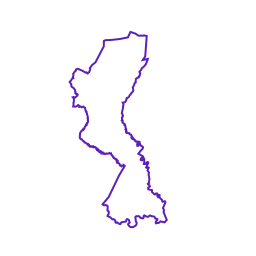 San Joaquín, Querétaro, Mexico, rotated 113°
{"feature_id": "50627088B97826300633000", "entity_name": "San Joaquín", "entity_type": "district", "adm_level": 2, "iso_a3": "MEX", "parent_name": "Mexico", "parent_adm1": "Querétaro", "projection": "albers", "projection_center": [-99.468, 20.999], "detail": "fine", "context": "isolated", "style": "outline", "palette": "violet", "viewbox_px": 256, "rotation_deg": 113, "n_neighbors": 0, "source": "geoboundaries", "source_scale": "gbopen_adm2", "svg_char_len": 5960}
<svg xmlns="http://www.w3.org/2000/svg" viewBox="0 0 256 256"><g transform="rotate(113 128 128)"><path d="M204.8,64.9L204.1,64.3L203.6,62.8L201.3,61.7L200.6,57.5L197.5,56.4L191.4,62.5L189.6,62.6L188.1,64.5L181.8,64.5L181.0,65.5L182.4,67.4L182.1,67.8L180.8,68.7L180.2,70.5L179.8,71.2L179.7,72.0L180.0,73.1L179.3,74.1L178.3,72.4L177.4,72.7L177.6,74.8L176.9,75.6L177.2,76.5L178.2,76.7L178.7,77.6L177.5,81.0L175.8,81.7L176.4,83.9L176.4,85.4L175.1,86.1L173.3,85.0L172.4,85.7L172.0,87.6L171.7,87.9L170.3,87.1L169.9,87.5L166.4,88.4L163.1,90.7L160.8,91.3L159.7,93.3L158.7,93.5L156.4,93.5L156.5,94.6L157.4,95.5L157.1,96.0L156.1,95.4L154.7,96.0L152.9,95.6L151.7,95.9L151.7,96.7L152.4,97.3L153.3,97.3L154.2,97.7L155.0,99.3L154.9,99.5L152.9,99.6L151.6,100.4L150.6,100.7L150.0,101.3L152.3,102.4L152.6,103.3L152.3,103.9L151.5,104.1L150.6,104.0L148.8,102.8L148.3,103.1L147.6,108.4L143.8,107.4L141.8,106.5L140.3,106.5L139.8,106.7L139.3,107.8L139.4,108.8L138.9,109.7L137.4,111.1L137.3,111.5L139.0,111.8L139.8,111.4L140.2,111.5L140.8,112.4L139.3,113.3L138.8,113.2L137.4,113.5L136.5,112.9L136.8,114.2L137.3,114.6L137.2,115.4L137.4,115.7L137.3,116.1L136.7,116.3L136.1,117.9L136.4,118.5L136.4,119.0L135.9,118.8L135.8,120.1L135.3,119.9L135.3,120.7L134.7,120.4L134.2,121.0L134.4,121.5L133.4,122.0L132.9,122.6L133.1,124.1L132.3,124.7L133.0,127.0L133.0,127.8L132.4,128.1L132.0,127.8L131.6,128.1L131.9,128.5L130.8,129.0L130.5,129.5L130.2,129.1L129.7,129.5L129.3,129.5L129.0,130.1L126.7,131.6L126.8,132.3L126.5,132.4L126.1,132.2L125.8,132.4L125.8,133.0L125.4,133.8L125.0,135.3L124.5,135.6L124.2,135.4L123.5,135.9L123.4,136.4L123.0,136.1L122.7,136.7L120.6,137.7L120.1,137.3L118.4,137.5L118.2,138.1L117.1,138.9L116.8,139.5L110.6,140.6L110.2,141.0L108.0,141.4L106.7,142.8L105.7,141.2L105.0,140.6L103.4,140.5L102.8,140.6L102.4,140.5L101.5,140.9L100.9,140.9L100.6,140.4L99.3,139.5L96.9,139.2L96.2,138.7L94.9,138.7L93.0,137.9L91.6,137.7L91.0,137.9L88.8,139.5L85.8,139.1L85.0,139.4L83.9,139.3L83.1,138.7L82.7,139.0L79.8,139.9L78.2,139.0L77.6,138.2L77.0,137.9L76.8,138.2L75.7,137.7L75.1,137.9L74.7,137.7L73.8,138.1L72.7,138.2L72.5,138.8L71.8,139.4L68.8,138.5L68.0,138.7L66.9,138.4L66.0,137.6L62.5,136.5L56.7,136.7L59.6,140.9L55.4,140.1L36.0,146.7L36.5,149.5L37.0,150.0L38.9,154.4L38.2,158.1L38.6,163.3L44.6,163.5L49.3,170.3L54.0,178.8L55.9,182.9L57.2,184.2L62.3,182.2L80.2,183.6L84.3,185.7L87.9,186.5L88.3,185.9L89.1,185.7L91.8,185.6L93.6,186.5L93.4,187.2L93.1,187.2L93.0,188.1L93.6,188.7L93.1,192.7L93.1,196.7L93.3,197.7L93.8,198.2L94.5,198.7L95.1,198.4L96.2,198.6L96.4,198.9L97.3,199.2L99.6,199.6L99.8,199.3L101.2,198.7L102.3,198.7L103.0,198.4L103.5,197.8L104.2,198.7L106.7,199.0L107.6,199.5L108.6,199.6L109.7,197.4L111.8,196.4L112.1,195.7L112.4,193.7L112.7,193.5L113.7,191.5L114.8,191.1L115.1,190.6L116.5,190.2L116.7,189.6L116.5,189.3L116.5,188.9L116.9,188.8L116.6,187.8L117.0,187.3L117.9,187.3L119.5,188.0L120.9,188.9L121.2,189.8L120.8,190.2L121.3,190.8L121.9,189.5L123.1,188.8L125.5,188.0L126.0,188.1L127.4,187.4L128.4,187.2L128.9,186.8L129.6,186.8L128.6,184.2L127.1,183.1L126.5,183.0L126.4,182.7L126.7,182.6L126.7,181.4L127.6,181.1L126.8,179.9L127.0,178.6L125.8,177.7L125.7,177.3L126.2,176.3L126.2,175.4L128.4,174.0L128.8,173.3L129.1,173.2L129.0,172.9L129.2,172.5L130.1,172.2L130.5,171.6L131.1,171.3L133.2,169.5L133.8,169.4L134.1,169.0L134.6,168.7L135.2,168.8L135.8,168.2L136.9,167.9L137.1,167.5L137.8,167.2L139.0,167.4L139.5,167.3L139.6,167.7L139.8,167.7L140.6,167.5L140.8,167.6L141.5,167.2L141.9,167.4L141.9,168.0L142.7,167.9L144.0,168.2L144.7,168.0L145.0,168.2L146.0,168.0L146.9,168.2L147.1,168.4L146.9,168.8L147.7,168.8L148.1,169.4L148.6,169.4L148.9,169.7L151.5,170.1L152.2,169.9L152.7,169.6L153.3,169.6L154.0,169.1L155.2,168.9L156.2,168.2L156.7,167.0L156.4,166.3L157.4,164.7L157.4,164.0L157.7,162.9L158.3,162.5L158.2,160.8L158.5,159.9L158.3,158.9L158.9,158.9L159.0,158.5L158.8,157.9L159.3,157.7L159.0,157.2L159.6,156.9L159.4,156.1L159.7,155.8L159.4,155.3L159.8,155.2L159.3,154.6L159.5,153.9L159.0,153.0L158.5,153.1L158.4,152.9L159.1,152.3L158.7,152.0L158.9,151.5L158.4,151.2L158.4,150.3L158.9,149.7L158.9,149.2L159.8,148.8L159.8,148.2L160.4,148.0L160.3,147.5L160.7,147.0L160.6,146.8L159.6,147.2L159.3,147.2L159.7,146.3L160.1,146.4L160.7,144.9L161.2,145.0L161.3,144.8L160.8,144.4L161.1,143.9L160.3,144.3L160.0,144.1L160.5,143.4L160.4,142.8L160.5,142.7L160.9,142.7L160.9,142.0L161.2,141.4L160.7,141.2L161.3,140.6L160.6,139.9L160.6,139.4L161.0,138.9L159.7,137.6L159.8,136.9L158.8,135.6L158.2,135.3L158.6,134.0L158.1,133.7L159.0,132.9L159.1,132.3L159.7,131.7L159.8,131.1L160.3,130.8L161.0,129.8L160.7,129.1L161.4,128.8L161.5,127.8L161.2,127.1L161.4,126.7L161.8,126.5L161.5,125.9L162.1,125.6L162.2,125.0L163.0,125.4L163.5,125.2L163.2,124.2L163.5,123.7L163.9,124.1L164.2,124.1L164.1,122.4L164.6,121.4L165.2,121.2L165.7,120.4L165.2,119.6L165.7,119.0L165.0,118.7L164.9,118.1L164.7,117.8L164.3,117.6L163.7,117.7L163.7,117.4L164.0,116.7L164.4,116.5L164.4,116.2L175.4,117.7L199.1,118.8L208.2,121.6L208.6,120.0L208.3,119.4L207.8,118.9L207.6,118.0L207.6,116.8L207.8,116.4L208.7,115.8L212.0,114.7L212.1,114.4L212.2,113.3L213.2,112.6L214.8,112.3L216.6,112.6L217.1,112.4L217.1,109.6L218.1,106.8L218.1,106.2L217.6,105.5L217.5,104.6L218.2,103.6L219.7,102.7L220.0,102.0L219.8,101.7L219.2,101.3L219.1,100.7L219.6,99.4L219.6,97.9L219.3,97.4L217.8,97.4L217.2,97.1L216.6,95.8L216.0,95.2L215.0,93.4L214.6,93.3L213.5,93.6L212.3,93.3L212.1,92.9L212.1,92.0L212.4,91.1L213.3,90.5L214.2,89.5L214.6,89.5L215.8,90.2L216.5,90.3L216.8,90.2L217.9,88.4L218.2,86.8L217.2,84.5L214.4,82.6L212.8,82.7L211.8,83.0L210.9,84.2L207.4,86.3L206.7,86.4L206.0,86.0L205.8,85.3L204.9,83.6L205.0,82.8L205.6,82.0L205.8,80.8L205.4,79.1L205.2,78.8L204.3,78.6L202.8,79.2L202.1,78.9L202.0,78.2L202.3,77.0L202.2,75.7L201.8,74.8L201.2,74.3L200.2,73.9L199.9,73.4L199.8,72.9L200.0,71.8L199.3,69.6L199.6,68.6L200.7,67.4L200.4,66.0L200.5,65.2L200.9,65.1L203.5,65.8L204.4,65.5L204.8,64.9Z" fill="none" stroke="#5b21b6" stroke-width="2"/></g></svg>